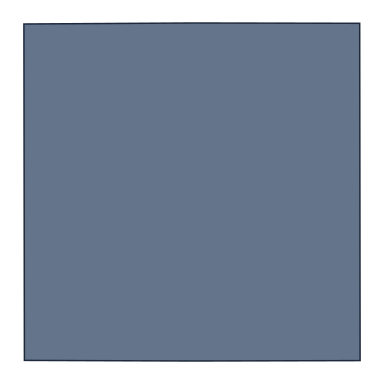 Lake, South Dakota, United States of America (Mercator projection)
{"feature_id": "52423323B90416567000763", "entity_name": "Lake", "entity_type": "district", "adm_level": 2, "iso_a3": "USA", "parent_name": "United States of America", "parent_adm1": "South Dakota", "projection": "mercator", "projection_center": [-97.164, 44.022], "detail": "fine", "context": "isolated", "style": "filled", "palette": "slate", "viewbox_px": 384, "rotation_deg": 0, "n_neighbors": 0, "source": "geoboundaries", "source_scale": "gbopen_adm2", "svg_char_len": 210}
<svg xmlns="http://www.w3.org/2000/svg" viewBox="0 0 384 384"><path d="M24.4,360.4L192.2,361.0L360.1,360.6L359.7,23.3L191.8,23.0L23.9,24.0L24.4,360.4Z" fill="#64748b" stroke="#1e293b" stroke-width="1.5"/></svg>